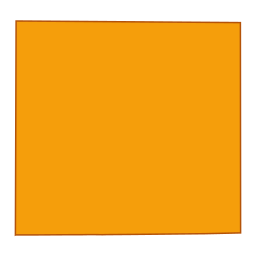 Ringgold, Iowa, United States of America
{"feature_id": "52423323B92247192856320", "entity_name": "Ringgold", "entity_type": "district", "adm_level": 2, "iso_a3": "USA", "parent_name": "United States of America", "parent_adm1": "Iowa", "projection": "orthographic", "projection_center": [-94.258, 40.735], "detail": "fine", "context": "isolated", "style": "filled", "palette": "amber", "viewbox_px": 256, "rotation_deg": 0, "n_neighbors": 0, "source": "geoboundaries", "source_scale": "gbopen_adm2", "svg_char_len": 349}
<svg xmlns="http://www.w3.org/2000/svg" viewBox="0 0 256 256"><path d="M133.5,234.4L203.3,233.7L204.2,233.7L208.5,233.6L231.4,233.1L240.6,232.9L240.4,22.6L16.1,21.0L15.4,235.0L15.6,234.9L20.9,234.9L35.9,234.9L71.2,234.7L81.9,234.7L87.8,234.6L94.7,234.6L102.6,234.7L106.3,234.6L133.5,234.4Z" fill="#f59e0b" stroke="#b45309" stroke-width="1.5"/></svg>